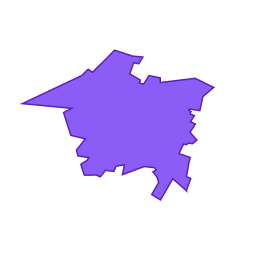 Gweru Urban, Midlands, Zimbabwe, rotated 73°
{"feature_id": "62879985B64547719639207", "entity_name": "Gweru Urban", "entity_type": "district", "adm_level": 2, "iso_a3": "ZWE", "parent_name": "Zimbabwe", "parent_adm1": "Midlands", "projection": "equal_earth", "projection_center": [29.828, -19.456], "detail": "fine", "context": "isolated", "style": "filled", "palette": "violet", "viewbox_px": 256, "rotation_deg": 73, "n_neighbors": 0, "source": "geoboundaries", "source_scale": "gbopen_adm2", "svg_char_len": 1136}
<svg xmlns="http://www.w3.org/2000/svg" viewBox="0 0 256 256"><g transform="rotate(73 128 128)"><path d="M114.2,34.1L113.4,35.1L99.8,49.6L100.1,49.5L94.1,83.1L93.9,83.8L92.8,83.5L89.5,82.5L84.0,92.6L90.6,100.2L88.2,104.0L85.9,102.1L76.7,110.5L71.7,106.8L67.3,103.6L69.7,98.9L64.5,93.1L60.5,102.7L54.0,111.9L49.7,118.0L50.5,119.6L56.0,129.6L60.3,138.0L60.7,138.9L64.4,145.6L60.2,148.9L60.4,149.5L64.3,156.8L73.8,221.9L92.7,176.2L94.4,185.1L118.3,184.8L125.9,172.0L128.1,175.2L134.1,183.8L140.1,184.0L144.8,174.2L146.8,176.3L149.0,183.7L158.7,183.7L160.4,183.4L163.0,174.4L163.5,172.4L166.6,168.7L161.9,161.9L165.4,154.3L164.3,153.4L161.0,150.6L162.2,142.3L171.0,146.9L169.6,123.8L173.7,114.2L176.4,113.5L177.2,117.0L183.4,114.6L189.1,114.6L198.6,124.8L206.3,118.0L189.6,100.0L205.0,90.5L204.9,90.5L194.6,82.8L191.6,86.3L179.3,80.1L174.4,77.2L167.3,86.8L166.7,86.2L159.6,79.5L161.1,76.7L160.0,74.9L161.9,70.9L159.8,65.7L150.3,69.9L143.9,62.4L143.6,62.8L140.2,66.4L140.1,66.1L135.6,60.9L132.7,64.7L130.8,62.9L128.8,64.7L127.8,63.7L132.4,54.2L122.0,48.4L119.9,47.3L114.2,34.1Z" fill="#8b5cf6" stroke="#5b21b6" stroke-width="1.5"/></g></svg>